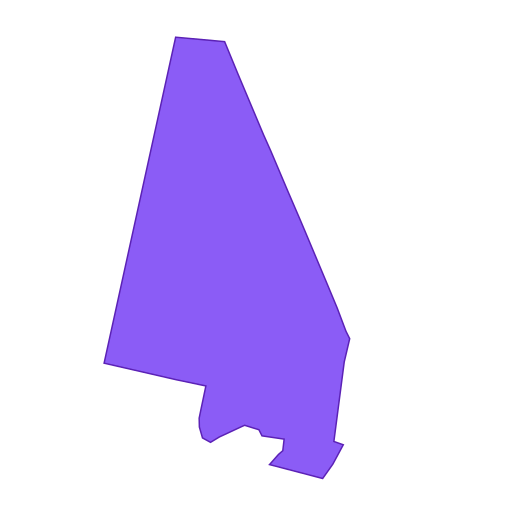 the district of Zoueratt, Tiris Zemmour, Mauritania, rotated 283°
{"feature_id": "47542326B94085620874331", "entity_name": "Zoueratt", "entity_type": "district", "adm_level": 2, "iso_a3": "MRT", "parent_name": "Mauritania", "parent_adm1": "Tiris Zemmour", "projection": "orthographic", "projection_center": [-11.264, 23.151], "detail": "fine", "context": "isolated", "style": "filled", "palette": "violet", "viewbox_px": 512, "rotation_deg": 283, "n_neighbors": 0, "source": "geoboundaries", "source_scale": "gbopen_adm2", "svg_char_len": 595}
<svg xmlns="http://www.w3.org/2000/svg" viewBox="0 0 512 512"><g transform="rotate(283 256 256)"><path d="M91.7,383.5L92.8,373.6L172.7,365.8L196.5,365.9L202.9,360.6L223.6,346.8L246.6,330.3L291.7,297.8L301.2,290.9L326.5,272.3L361.5,246.9L376.2,235.8L429.1,197.6L457.8,177.2L451.1,128.5L117.4,132.1L117.5,205.9L118.1,236.4L108.6,236.6L93.3,236.9L85.2,237.1L76.6,239.3L66.7,244.8L64.2,253.6L71.5,261.1L86.4,280.2L88.5,283.0L87.8,292.1L87.4,297.9L82.1,302.3L83.9,324.6L72.3,325.9L67.8,322.6L55.8,316.1L54.2,371.0L70.5,377.7L91.7,383.5Z" fill="#8b5cf6" stroke="#5b21b6" stroke-width="1.5"/></g></svg>